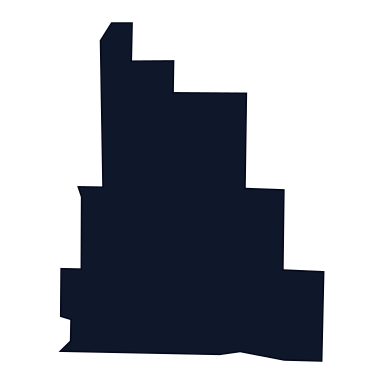 Schley, Georgia, United States of America
{"feature_id": "52423323B40186233786127", "entity_name": "Schley", "entity_type": "district", "adm_level": 2, "iso_a3": "USA", "parent_name": "United States of America", "parent_adm1": "Georgia", "projection": "mercator", "projection_center": [-84.335, 32.293], "detail": "fine", "context": "isolated", "style": "filled", "palette": "ink", "viewbox_px": 384, "rotation_deg": 0, "n_neighbors": 0, "source": "geoboundaries", "source_scale": "gbopen_adm2", "svg_char_len": 416}
<svg xmlns="http://www.w3.org/2000/svg" viewBox="0 0 384 384"><path d="M100.5,40.6L103.0,187.2L78.2,186.8L81.6,196.9L81.3,269.1L61.1,268.7L60.7,316.3L71.0,319.4L70.6,341.1L60.3,351.2L219.6,354.4L240.2,351.5L284.2,360.0L321.7,361.0L323.7,271.8L282.9,270.0L283.9,189.9L245.0,188.5L246.4,93.3L173.1,92.8L173.6,60.9L131.3,61.2L132.1,23.0L111.6,23.0L100.5,40.6Z" fill="#0f172a" stroke="#020617" stroke-width="1.5"/></svg>